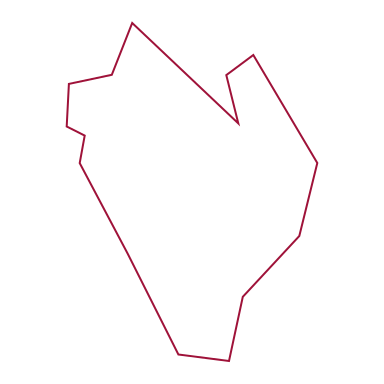 Grand'Anse, Equal Earth projection
{"feature_id": "SYC-5210", "entity_name": "Grand'Anse", "entity_type": "state/province", "adm_level": 1, "iso_a3": "SYC", "parent_name": "Seychelles", "parent_adm1": "", "projection": "equal_earth", "projection_center": [55.469, -4.682], "detail": "fine", "context": "isolated", "style": "outline", "palette": "rose", "viewbox_px": 384, "rotation_deg": 0, "n_neighbors": 0, "source": "natural_earth", "source_scale": "10m", "svg_char_len": 310}
<svg xmlns="http://www.w3.org/2000/svg" viewBox="0 0 384 384"><path d="M229.0,361.0L178.4,354.5L127.8,253.9L79.7,163.1L84.7,135.6L66.7,126.5L68.9,83.9L111.8,74.8L132.2,23.0L238.3,123.4L226.3,75.1L253.3,55.0L317.3,163.0L299.3,236.0L242.8,296.8L229.0,361.0Z" fill="none" stroke="#9f1239" stroke-width="2"/></svg>